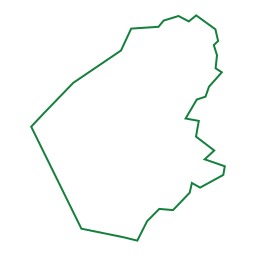 Doddridge, West Virginia, United States of America
{"feature_id": "52423323B8788265291879", "entity_name": "Doddridge", "entity_type": "district", "adm_level": 2, "iso_a3": "USA", "parent_name": "United States of America", "parent_adm1": "West Virginia", "projection": "natural_earth1", "projection_center": [-80.633, 39.271], "detail": "fine", "context": "isolated", "style": "outline", "palette": "green", "viewbox_px": 256, "rotation_deg": 0, "n_neighbors": 0, "source": "geoboundaries", "source_scale": "gbopen_adm2", "svg_char_len": 538}
<svg xmlns="http://www.w3.org/2000/svg" viewBox="0 0 256 256"><path d="M123.7,237.3L137.3,240.6L147.1,221.2L159.3,208.9L173.0,210.1L189.7,192.7L191.9,183.0L200.1,187.6L223.3,174.9L224.8,166.3L204.7,159.3L214.2,150.5L196.0,136.6L198.8,120.9L185.6,118.5L196.8,99.5L205.5,96.7L209.0,86.7L221.8,72.3L215.6,68.3L217.0,55.2L213.8,45.1L218.1,41.0L215.4,29.3L196.2,15.4L188.8,21.4L178.5,16.0L163.6,20.6L158.5,26.8L131.2,28.6L121.0,50.5L73.3,82.8L43.7,113.4L31.2,126.7L81.4,228.7L123.7,237.3Z" fill="none" stroke="#15803d" stroke-width="2"/></svg>